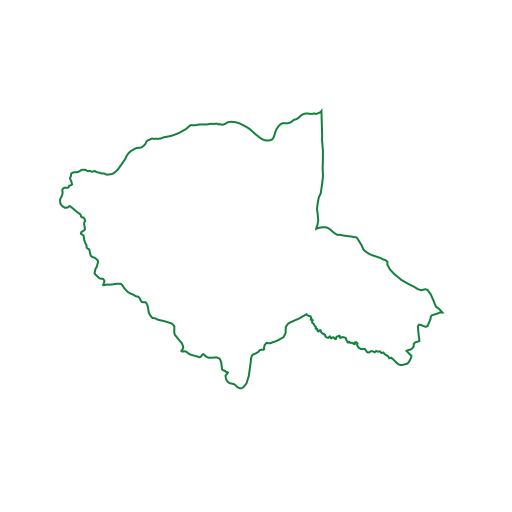 the district of Ra-Ngae, Narathiwat, Thailand, rotated 323°
{"feature_id": "78962969B92165576967396", "entity_name": "Ra-Ngae", "entity_type": "district", "adm_level": 2, "iso_a3": "THA", "parent_name": "Thailand", "parent_adm1": "Narathiwat", "projection": "robinson", "projection_center": [101.702, 6.243], "detail": "fine", "context": "isolated", "style": "outline", "palette": "green", "viewbox_px": 512, "rotation_deg": 323, "n_neighbors": 0, "source": "geoboundaries", "source_scale": "gbopen_adm2", "svg_char_len": 6114}
<svg xmlns="http://www.w3.org/2000/svg" viewBox="0 0 512 512"><g transform="rotate(323 256 256)"><path d="M370.8,413.3L370.6,410.1L370.2,407.5L369.2,405.1L369.8,402.4L370.9,398.5L372.4,392.2L372.6,386.2L371.2,384.4L367.3,382.7L365.3,379.9L363.9,376.0L361.2,370.7L357.7,362.6L356.8,358.5L355.5,353.6L354.9,347.0L355.7,342.0L356.6,340.7L357.4,339.9L357.3,338.7L356.7,336.8L355.3,335.1L354.4,332.8L348.8,324.6L347.5,322.0L346.1,318.0L345.7,315.9L346.1,313.7L346.8,310.9L347.5,303.4L347.5,301.8L343.7,297.7L339.0,293.2L335.6,289.4L333.7,288.0L332.5,285.3L330.8,278.0L329.2,275.2L326.3,273.0L322.9,271.2L320.4,270.6L320.9,270.1L323.1,268.7L327.0,265.2L329.9,260.6L333.0,255.1L336.8,251.2L341.5,246.9L345.3,245.0L351.5,238.9L357.5,232.6L362.1,225.9L365.6,221.6L372.6,212.5L379.5,201.7L380.9,200.2L395.5,179.6L394.2,180.0L390.2,179.0L389.1,178.4L388.2,177.1L386.6,176.4L385.2,175.5L382.9,173.1L380.8,171.8L379.3,171.2L376.2,170.8L373.9,171.2L372.4,171.2L370.8,171.1L368.5,170.2L367.0,170.0L365.6,170.2L364.1,170.1L362.1,169.5L360.1,168.4L357.9,166.4L356.6,165.8L354.6,165.6L352.5,165.8L348.5,167.1L346.1,168.6L342.6,171.2L340.1,172.4L338.5,172.6L336.7,172.0L333.2,169.5L331.6,167.2L330.4,164.3L328.9,158.5L327.4,150.9L326.6,148.6L325.0,144.9L322.7,140.3L321.4,138.4L320.1,136.8L317.3,134.1L314.1,132.2L311.3,132.0L309.2,131.5L307.5,130.4L306.9,129.3L306.3,128.7L305.7,128.7L305.1,128.1L304.5,126.8L301.5,124.9L299.7,123.4L295.7,121.2L289.5,116.6L287.2,115.6L284.2,113.6L282.8,112.3L281.5,112.1L276.5,112.5L274.5,112.2L268.6,111.4L263.5,110.0L260.2,108.9L254.0,105.8L250.6,104.8L248.2,103.4L246.1,101.7L244.9,101.0L243.8,99.8L242.4,99.2L241.0,99.1L238.7,98.5L237.5,98.7L235.1,99.9L232.7,100.4L229.7,100.3L225.1,97.7L220.4,97.0L218.4,96.9L216.5,97.1L213.1,98.1L209.8,99.9L198.7,103.5L196.2,104.0L192.3,104.3L190.3,103.8L186.5,101.8L185.4,100.8L184.3,98.6L182.2,97.0L181.3,95.4L180.2,94.4L179.3,93.2L178.3,91.0L176.2,90.3L175.3,89.5L174.2,87.6L173.4,87.4L172.5,86.7L171.7,84.6L170.3,83.4L168.3,82.1L167.5,82.2L164.3,81.8L160.8,79.5L159.5,79.1L158.1,79.0L157.4,79.5L156.5,80.6L154.1,82.1L153.4,85.2L152.2,88.1L151.5,88.2L148.9,87.5L147.8,88.3L146.8,88.2L144.1,86.2L142.8,86.0L141.8,86.2L140.9,86.8L139.9,88.7L138.9,89.9L136.5,91.4L133.4,93.1L132.2,94.8L131.3,96.5L131.1,98.2L131.4,99.7L132.3,102.4L134.7,103.9L137.0,103.9L137.4,104.1L138.3,107.5L139.4,112.7L140.6,116.5L140.7,117.7L140.2,118.8L140.0,119.7L140.2,120.3L141.4,121.4L141.4,123.2L140.7,125.2L139.8,125.4L138.7,126.2L137.8,127.1L136.9,129.5L136.1,130.4L135.4,131.8L134.0,132.1L131.0,131.8L130.0,132.3L129.6,132.8L130.4,135.3L130.4,136.3L128.6,139.5L127.6,142.4L127.0,145.7L126.0,146.8L125.8,147.9L126.2,149.1L126.8,150.3L124.5,155.4L124.2,156.7L124.7,158.4L126.0,160.1L126.7,162.4L126.9,164.2L126.5,165.5L122.2,168.9L120.2,169.6L116.6,172.7L116.6,174.1L117.4,178.9L117.9,180.2L119.1,181.3L120.1,182.4L120.1,184.3L119.4,185.3L116.5,187.2L116.6,187.6L119.6,189.0L121.7,190.7L124.7,192.6L128.3,194.5L131.2,196.8L131.7,198.2L131.4,202.4L131.6,205.0L132.0,207.6L132.4,208.7L133.5,211.1L134.6,212.7L135.9,216.0L137.1,217.2L137.7,218.6L137.6,220.6L137.0,222.3L137.2,224.1L138.7,225.6L139.9,226.4L140.1,227.1L139.8,229.4L139.2,231.1L136.4,236.6L135.9,238.3L135.8,242.3L136.1,243.3L137.7,244.7L138.7,246.8L139.9,248.6L143.3,252.5L148.1,259.2L148.4,261.6L148.5,263.0L145.1,267.3L143.9,269.6L143.7,270.5L143.9,272.6L143.9,274.9L144.3,280.9L143.5,284.0L142.5,285.6L140.8,286.5L139.3,286.9L139.6,288.0L141.6,289.1L142.7,290.5L143.8,294.4L145.2,296.5L148.6,300.8L149.8,302.8L150.7,303.2L151.7,303.1L154.1,302.5L154.7,302.6L155.2,303.3L155.2,304.6L156.1,307.4L156.8,308.6L160.7,311.5L163.2,312.9L164.6,315.0L165.1,316.2L164.9,317.8L164.0,320.5L160.8,325.8L160.7,326.3L161.0,327.4L161.3,328.1L162.2,329.0L162.2,330.3L163.4,331.7L163.4,332.2L162.3,332.7L161.1,332.8L159.7,333.2L158.6,334.9L157.9,336.6L157.7,339.4L158.2,341.3L159.0,342.4L161.2,344.9L161.8,346.6L162.1,348.9L162.9,351.0L164.0,352.4L165.2,353.0L166.9,353.2L171.7,352.0L177.7,347.8L188.1,337.4L190.5,334.7L192.7,333.2L194.1,332.9L197.7,333.7L199.9,334.0L201.9,333.5L202.6,333.5L204.1,334.2L205.4,335.3L206.4,335.4L207.0,334.3L209.3,332.3L212.3,331.7L213.8,333.6L215.9,334.6L218.0,335.0L219.0,335.6L222.2,336.4L228.9,337.4L232.5,335.8L233.6,335.0L236.1,331.8L236.9,330.9L238.2,330.1L241.1,329.4L243.2,329.6L253.1,331.9L261.3,332.9L261.4,334.2L262.1,335.6L263.3,336.9L263.0,337.5L263.0,338.4L262.8,339.0L261.7,339.4L261.4,339.8L261.7,340.4L262.4,340.7L262.7,341.3L262.6,341.5L261.4,342.1L260.8,342.9L260.7,343.3L261.2,344.8L260.8,347.4L261.2,348.5L261.0,348.8L260.3,349.4L260.0,350.0L261.0,351.3L260.9,351.6L260.2,352.4L260.2,353.1L260.3,353.6L260.7,354.0L262.0,353.7L262.6,353.8L262.9,354.3L262.3,355.8L262.2,356.9L262.7,358.3L263.3,358.8L263.1,359.2L263.1,359.6L263.8,360.5L263.7,361.0L263.3,361.4L263.1,361.8L263.1,362.7L263.3,363.3L263.9,364.3L264.6,364.9L265.2,364.9L266.1,364.5L266.7,364.7L266.8,365.2L266.4,366.3L266.4,366.9L266.9,367.2L268.3,367.2L269.0,367.6L269.1,368.1L269.1,369.6L269.6,370.3L270.0,370.3L271.1,369.3L271.9,369.0L272.8,369.5L274.5,369.6L274.7,369.9L274.7,370.4L274.0,371.6L274.2,372.3L274.4,372.5L275.5,372.5L276.5,372.9L278.2,375.2L278.3,375.9L277.7,377.2L277.5,378.7L277.2,379.5L277.3,380.2L277.6,380.6L278.4,380.4L278.9,380.7L278.8,381.6L279.0,382.1L279.4,382.5L280.3,382.9L280.8,383.4L281.1,385.0L281.7,385.7L282.0,385.8L282.3,385.6L282.8,384.7L283.2,384.5L283.6,384.7L284.3,385.5L284.4,386.0L284.4,387.1L283.3,387.8L283.0,388.2L282.8,391.1L283.7,393.3L285.3,394.7L287.0,395.7L286.9,399.8L288.3,401.1L290.2,401.1L291.9,402.3L292.9,404.4L294.8,404.2L295.9,405.9L297.6,406.7L297.8,409.0L299.6,409.7L299.7,411.8L301.2,415.7L300.9,417.8L302.7,418.6L303.3,420.8L304.0,426.1L304.6,428.3L305.8,430.1L307.8,431.3L311.7,433.0L314.2,432.7L318.3,430.8L320.0,429.4L319.1,422.4L321.3,422.8L323.1,423.8L325.7,423.8L327.5,423.1L328.9,421.4L330.6,420.7L335.2,422.2L336.9,419.9L337.9,417.7L342.8,409.8L344.8,408.9L346.4,410.6L347.4,412.5L348.9,414.7L350.9,415.1L357.4,411.4L358.8,409.9L360.6,409.1L362.4,409.8L366.4,411.2L368.5,411.6L370.8,413.3Z" fill="none" stroke="#15803d" stroke-width="2"/></g></svg>